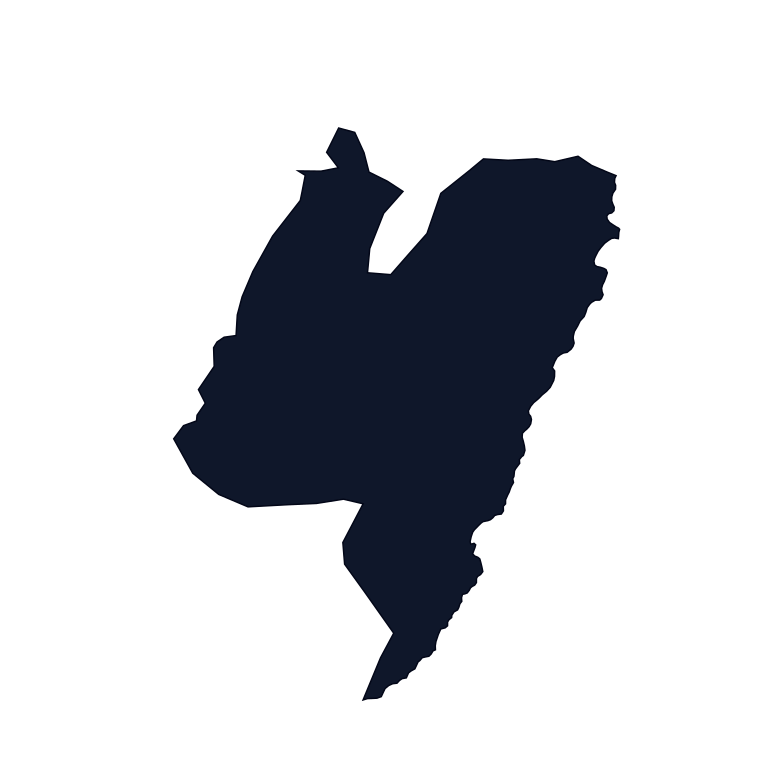 Armavir, Armavir, Armenia (orthographic projection), rotated 297°
{"feature_id": "60910142B17839565239341", "entity_name": "Armavir", "entity_type": "district", "adm_level": 2, "iso_a3": "ARM", "parent_name": "Armenia", "parent_adm1": "Armavir", "projection": "orthographic", "projection_center": [44.066, 40.108], "detail": "fine", "context": "isolated", "style": "filled", "palette": "ink", "viewbox_px": 768, "rotation_deg": 297, "n_neighbors": 0, "source": "geoboundaries", "source_scale": "gbopen_adm2", "svg_char_len": 3216}
<svg xmlns="http://www.w3.org/2000/svg" viewBox="0 0 768 768"><g transform="rotate(297 384 384)"><path d="M397.3,218.0L384.7,220.7L379.0,221.9L360.0,230.2L353.1,220.3L345.7,216.2L339.0,215.7L322.6,224.7L294.8,221.2L285.8,233.5L271.3,231.6L266.0,233.7L255.9,224.3L239.7,221.5L217.7,254.1L210.6,286.9L212.8,318.6L232.7,352.9L246.9,378.0L263.0,400.2L267.8,419.8L224.1,419.3L205.6,430.7L190.1,460.8L166.4,505.8L138.5,505.2L93.0,508.8L96.2,512.1L98.6,516.4L100.9,520.4L104.2,523.5L109.4,523.3L113.1,523.2L117.5,525.1L120.9,527.8L123.3,531.4L126.9,532.4L129.7,533.9L132.3,537.3L137.8,537.0L140.8,538.5L144.2,540.8L147.3,540.7L151.8,540.5L153.9,541.5L157.5,542.3L159.7,544.9L161.8,547.6L164.8,548.6L168.4,548.8L170.5,550.5L174.1,548.5L178.1,547.2L185.5,546.1L191.5,545.8L194.5,549.2L197.4,550.4L200.8,548.7L203.4,548.9L206.6,550.3L208.7,549.4L212.7,549.8L216.1,552.1L218.7,552.1L222.7,551.4L225.6,552.0L228.8,550.1L232.2,549.4L233.7,551.3L235.6,553.0L238.8,553.6L241.6,553.6L243.3,554.3L243.5,554.4L246.0,556.1L249.0,556.5L252.6,554.7L254.9,554.7L258.3,556.6L261.7,557.2L265.5,554.2L269.1,551.1L271.6,548.8L271.8,548.1L272.2,546.2L271.9,542.8L273.0,540.0L279.5,539.3L282.3,538.7L282.9,536.5L282.0,535.7L280.7,534.0L282.6,532.3L287.5,531.0L292.2,530.3L295.1,530.7L300.2,532.3L300.3,532.3L304.1,533.6L306.2,534.6L308.1,536.9L309.4,538.6L311.5,540.5L314.3,541.7L317.1,542.3L319.2,544.4L321.4,547.6L325.2,548.0L329.2,545.8L332.4,546.7L336.0,544.9L341.3,544.6L344.6,544.6L348.0,544.1L350.8,543.9L355.0,544.1L358.0,541.7L360.7,541.7L365.8,539.7L368.1,539.7L372.8,540.5L374.9,540.9L378.1,538.9L381.9,539.7L383.6,540.6L388.9,539.7L392.4,537.3L396.0,534.3L399.2,531.3L403.0,529.7L406.6,530.8L408.3,531.6L411.7,532.6L415.1,532.8L419.3,531.5L421.8,529.3L422.9,526.8L425.6,524.8L430.7,524.8L435.3,525.8L441.1,528.3L446.2,529.9L451.5,532.2L456.6,533.6L460.4,533.6L464.2,533.6L468.2,532.5L473.1,530.1L474.1,528.1L475.0,526.4L476.4,526.4L481.7,525.9L486.6,526.1L490.2,527.8L492.3,529.2L493.2,529.9L495.4,532.8L500.1,534.9L503.5,535.3L506.8,534.8L510.6,531.8L512.7,530.9L517.2,529.8L523.5,530.2L529.2,530.1L535.0,531.7L539.4,531.3L544.3,530.4L548.3,531.0L550.9,531.8L554.5,534.1L555.4,535.6L556.7,538.1L558.8,538.9L563.0,538.7L565.3,536.3L568.1,534.4L571.7,533.7L575.5,533.7L581.2,533.0L584.4,532.5L586.7,529.9L586.8,527.4L586.5,525.4L586.2,523.6L585.3,520.4L585.7,517.6L588.8,515.2L591.8,514.6L594.6,514.5L599.4,514.5L604.1,515.3L609.6,516.7L613.9,518.8L617.1,520.7L618.8,523.2L619.4,525.3L619.9,526.8L622.2,525.9L625.6,524.4L628.8,523.7L628.9,523.4L629.4,522.2L629.4,519.1L629.9,514.8L630.3,511.6L632.2,508.0L634.9,506.2L637.7,506.8L639.8,509.2L642.8,510.2L646.0,508.9L648.1,506.3L650.6,503.7L654.2,502.0L658.0,501.3L662.0,501.8L662.6,501.9L666.2,500.2L668.3,497.8L671.9,496.3L675.0,496.2L674.2,487.2L673.0,469.8L675.0,453.5L659.6,435.2L654.0,417.9L639.7,393.1L629.7,370.4L612.3,362.9L579.7,348.1L537.6,354.0L509.4,346.7L484.5,340.4L475.6,318.8L498.2,309.8L536.0,306.2L564.2,313.5L566.2,295.0L566.0,274.4L581.0,261.2L594.9,243.7L591.5,227.4L564.4,227.7L555.9,245.2L545.0,231.2L534.9,210.8L534.2,219.1L532.4,219.6L517.8,223.8L509.5,226.1L465.2,217.6L424.7,216.1L397.3,218.0Z" fill="#0f172a" stroke="#020617" stroke-width="1.5"/></g></svg>